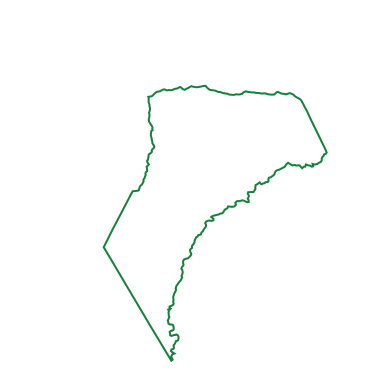 Sebastião Laranjeiras, Bahia, Brazil, rotated 311°
{"feature_id": "56859067B69279711991755", "entity_name": "Sebastião Laranjeiras", "entity_type": "district", "adm_level": 2, "iso_a3": "BRA", "parent_name": "Brazil", "parent_adm1": "Bahia", "projection": "orthographic", "projection_center": [-43.114, -14.573], "detail": "fine", "context": "isolated", "style": "outline", "palette": "green", "viewbox_px": 384, "rotation_deg": 311, "n_neighbors": 0, "source": "geoboundaries", "source_scale": "gbopen_adm2", "svg_char_len": 4645}
<svg xmlns="http://www.w3.org/2000/svg" viewBox="0 0 384 384"><g transform="rotate(311 192 192)"><path d="M271.3,122.0L269.2,121.2L267.9,120.9L266.4,120.1L264.4,119.5L263.8,118.1L263.5,116.8L263.8,115.3L263.3,114.0L262.2,113.6L260.2,112.8L258.8,111.5L257.2,110.7L255.7,109.9L254.6,108.9L253.7,107.6L252.6,106.8L252.0,105.9L251.5,104.1L250.4,103.0L248.9,102.4L247.5,101.9L245.9,100.9L244.6,99.8L243.3,99.4L241.1,99.1L239.1,99.1L237.6,98.6L236.4,97.6L235.2,96.6L234.4,97.8L233.4,98.5L232.3,99.5L231.1,100.6L230.0,102.7L229.0,103.4L228.1,104.8L226.8,106.2L224.9,107.1L223.7,107.5L222.7,108.9L221.3,110.2L219.3,111.2L217.9,112.2L216.9,113.5L216.6,114.7L216.2,115.9L215.8,117.2L215.4,118.6L214.8,119.9L213.6,120.5L212.8,121.7L211.2,121.3L210.0,122.1L208.8,122.9L207.7,123.8L207.0,124.9L205.8,126.6L204.6,128.0L203.7,129.2L202.6,130.4L202.2,132.3L201.4,133.9L199.9,134.4L198.0,134.1L196.7,134.5L196.0,135.4L194.8,135.4L193.4,135.1L191.9,134.7L190.0,136.1L188.8,136.7L187.6,137.6L186.3,137.5L185.5,138.3L184.8,139.8L184.5,141.4L182.9,141.4L181.4,141.1L180.7,142.1L179.6,143.3L178.2,144.5L176.9,144.2L175.4,144.7L174.5,145.8L173.1,146.3L171.5,147.0L169.6,147.2L168.2,148.5L166.3,149.0L165.0,149.3L163.8,149.1L162.3,149.1L161.1,149.4L159.9,150.1L158.8,150.6L157.6,150.4L156.5,149.4L155.3,148.3L153.6,146.7L111.1,156.8L92.4,161.6L91.2,165.2L87.7,176.0L84.6,185.3L84.2,186.4L77.9,205.4L63.1,250.0L51.1,287.1L52.7,287.4L54.2,284.2L56.7,283.7L58.5,284.7L58.1,281.7L58.1,280.5L59.7,279.8L61.3,280.9L62.7,280.5L64.0,278.7L66.4,278.6L67.8,278.2L68.9,277.7L70.2,278.6L71.4,278.6L73.1,277.6L73.9,276.8L74.5,275.3L74.2,273.6L72.9,273.0L72.1,272.1L70.0,271.0L69.5,269.6L70.7,268.4L71.8,266.9L73.0,267.0L75.3,268.5L76.5,268.3L78.1,266.6L79.1,265.1L78.9,264.0L77.4,262.1L77.2,260.6L78.3,259.4L79.1,258.1L83.0,256.8L83.5,255.4L84.7,254.5L85.4,253.5L87.1,252.5L87.6,251.3L88.8,252.4L90.0,252.4L89.6,251.1L90.8,250.2L93.2,251.3L94.6,251.8L95.8,251.4L96.7,249.9L98.7,248.6L99.7,247.4L101.0,246.3L102.2,245.9L103.5,245.3L107.6,244.3L108.5,242.9L111.0,241.8L112.7,241.8L114.4,241.4L118.1,241.4L121.1,240.6L121.7,239.3L124.0,238.4L125.4,237.6L126.7,236.0L127.1,234.4L128.6,233.7L130.3,233.7L131.6,233.3L132.5,231.9L134.3,230.5L135.8,230.3L137.1,230.8L139.3,232.5L143.4,232.7L144.8,232.1L145.6,230.3L146.7,228.7L148.1,228.4L149.8,228.7L150.7,227.9L151.7,227.2L153.2,227.5L154.5,227.0L155.7,226.9L157.2,225.8L160.3,224.9L162.2,225.4L163.7,225.0L164.8,226.0L166.0,226.5L167.6,225.7L169.3,226.0L171.5,225.4L174.6,225.3L176.3,224.4L177.0,222.5L178.2,222.1L179.7,222.4L180.8,222.9L182.0,224.0L183.1,225.8L184.8,226.7L185.8,225.8L185.8,222.9L187.4,223.3L190.9,225.6L192.8,227.1L194.2,227.4L195.8,228.8L197.0,228.9L198.9,228.6L200.1,228.3L203.0,229.3L204.8,228.7L207.1,232.0L208.9,233.5L211.3,233.5L212.2,231.8L214.0,231.8L215.1,232.4L216.0,233.6L217.8,234.8L218.8,235.5L219.6,237.1L220.2,239.4L220.8,240.7L221.9,241.3L223.1,239.8L223.5,238.4L225.8,237.9L226.8,236.9L227.2,235.3L228.6,234.5L231.0,236.9L232.2,238.4L235.7,238.0L237.4,236.4L239.1,235.5L240.6,236.1L243.7,236.8L243.2,238.4L243.6,239.6L244.7,239.8L246.3,241.0L247.7,241.0L248.7,242.3L249.9,242.8L250.9,242.2L251.9,241.2L253.2,240.7L255.0,241.9L259.3,242.7L260.6,242.0L262.5,241.5L264.4,242.0L265.9,243.1L272.0,245.5L274.5,245.0L277.1,245.3L277.5,248.0L278.0,250.5L279.8,251.8L280.5,253.5L282.1,254.9L282.7,256.0L282.4,257.8L282.2,259.6L284.4,259.7L285.4,260.8L287.5,259.9L288.5,262.5L289.4,263.8L289.7,265.9L290.9,266.6L292.3,264.6L293.4,266.8L295.4,268.2L297.9,268.8L299.1,269.5L301.1,269.1L302.7,267.7L304.2,267.5L305.6,267.6L307.1,267.0L308.4,267.9L310.1,267.8L311.7,264.7L324.7,234.1L328.8,225.0L330.1,221.3L330.9,219.4L331.6,217.7L331.9,216.5L332.5,215.2L332.9,213.9L332.9,212.4L332.6,211.0L332.2,209.3L331.8,206.9L332.0,204.7L331.5,202.8L330.8,200.9L329.6,200.2L328.7,199.6L327.2,198.8L326.7,197.4L325.7,196.1L324.8,194.5L324.3,192.5L323.8,191.0L322.8,190.5L321.2,190.3L319.4,190.1L318.7,189.2L317.8,188.3L316.9,187.1L316.0,185.8L315.2,184.2L314.7,182.9L313.4,181.3L312.2,180.2L311.5,179.2L310.8,177.9L309.7,176.5L308.8,175.3L307.9,173.5L306.6,172.1L305.8,170.9L305.2,169.9L304.3,168.6L303.4,166.7L301.9,165.9L300.6,165.3L299.1,165.5L297.9,164.6L296.7,163.8L295.5,162.4L294.6,161.0L293.2,160.3L292.2,159.2L291.1,157.7L290.3,156.7L289.7,155.5L289.5,154.3L288.6,153.2L288.1,152.0L287.3,151.2L286.9,150.0L286.3,148.8L285.9,147.4L284.8,146.4L284.4,145.2L284.1,143.9L283.6,142.7L282.6,141.3L281.0,138.8L280.7,137.6L280.6,136.0L280.7,134.4L281.1,132.7L280.0,131.5L278.9,130.5L277.9,130.0L276.8,129.1L275.0,127.6L273.7,126.3L272.9,124.9L272.0,123.4L271.3,122.0Z" fill="none" stroke="#15803d" stroke-width="2"/></g></svg>